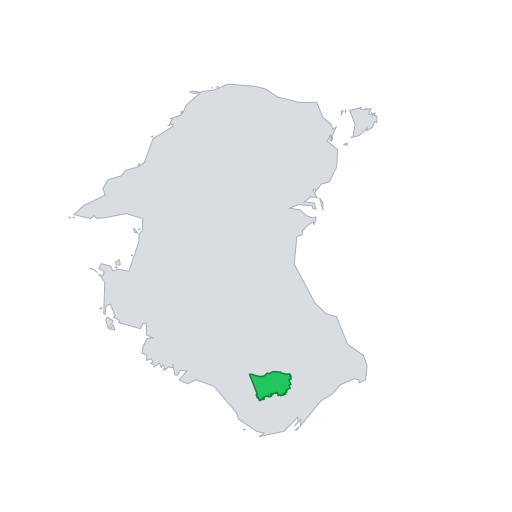 Meekatharra, Western Australia, Australia shown in context, rotated 248°
{"feature_id": "25037944B5193502600366", "entity_name": "Meekatharra", "entity_type": "district", "adm_level": 2, "iso_a3": "AUS", "parent_name": "Australia", "parent_adm1": "Western Australia", "projection": "albers", "projection_center": [119.195, -25.303], "detail": "fine", "context": "in_parent", "style": "filled", "palette": "green", "viewbox_px": 512, "rotation_deg": 248, "n_neighbors": 0, "source": "geoboundaries", "source_scale": "gbopen_adm2", "svg_char_len": 8275}
<svg xmlns="http://www.w3.org/2000/svg" viewBox="0 0 512 512"><g transform="rotate(248 256 256)"><path d="M367.5,115.5L368.9,139.0L375.8,139.2L382.2,147.4L380.8,161.4L384.3,167.1L382.8,180.2L384.6,187.6L403.4,204.6L407.1,227.0L409.2,228.6L410.5,225.0L414.2,229.8L415.4,228.2L414.8,239.0L416.8,242.7L421.8,247.3L428.8,267.6L425.4,279.1L426.0,294.2L413.7,318.7L407.5,327.2L395.4,335.5L381.6,354.5L375.9,369.8L359.2,369.9L349.9,375.0L344.9,374.6L345.5,378.7L338.9,371.5L340.3,370.4L340.0,369.0L338.6,368.6L335.6,370.6L334.0,368.7L337.6,367.0L336.2,364.9L324.1,371.5L308.5,364.3L297.3,351.8L298.2,343.5L293.3,335.1L295.8,335.8L296.1,333.5L287.0,334.5L290.4,329.3L288.1,320.7L283.6,329.5L277.0,329.5L278.5,326.6L281.5,326.9L287.7,314.8L287.8,305.1L282.0,314.5L274.9,317.5L269.8,323.0L270.0,326.1L267.5,325.4L263.6,321.5L266.3,321.8L265.1,315.6L261.9,308.4L258.5,307.1L258.7,301.1L234.1,288.4L190.1,293.1L176.0,299.4L169.6,307.9L139.7,307.9L123.5,318.4L112.6,317.9L100.1,311.2L99.8,304.0L102.8,305.1L105.4,300.8L105.1,286.3L99.6,275.4L97.3,261.7L81.7,233.4L87.6,236.3L83.8,227.7L86.4,232.7L90.8,234.1L83.0,216.3L87.4,191.2L88.7,197.1L93.6,190.5L111.5,178.6L117.9,179.2L150.9,168.3L163.7,154.1L163.1,144.6L170.0,138.1L175.2,148.7L178.4,143.0L174.9,138.7L176.1,136.2L187.0,138.3L183.6,137.2L186.1,133.1L184.2,129.4L190.2,129.2L188.2,126.4L193.1,126.2L191.6,122.3L196.1,118.1L196.3,120.7L199.8,120.5L200.3,115.6L205.2,117.6L208.6,113.8L213.8,116.9L220.5,124.2L218.8,129.7L224.0,124.7L233.9,128.9L236.1,126.1L232.0,121.6L245.5,103.9L247.7,105.3L252.3,101.0L253.5,103.1L266.0,102.9L266.1,98.3L258.1,94.2L259.6,93.2L288.4,106.0L297.5,103.6L295.0,106.9L298.4,109.4L303.4,105.6L306.8,109.8L301.0,117.5L295.8,117.6L295.3,123.6L289.4,132.4L313.4,153.0L320.3,155.8L321.9,160.2L333.2,164.9L344.0,151.4L348.1,130.0L350.8,122.2L354.2,120.8L352.5,116.7L362.6,102.6L367.5,115.5ZM329.9,390.3L341.0,397.2L355.9,397.4L354.1,409.9L353.7,407.5L351.7,409.8L349.6,417.8L345.3,413.5L340.6,420.2L334.6,418.3L336.2,416.5L331.6,411.9L330.7,405.2L332.9,406.8L329.0,396.9L329.9,390.3ZM244.1,91.9L252.8,92.7L255.2,95.2L249.1,99.4L244.1,91.9ZM273.5,335.3L286.2,336.7L280.5,338.0L273.5,335.3ZM302.8,123.3L303.9,128.1L298.6,126.7L299.9,123.5L302.8,123.3ZM428.6,265.4L429.6,260.1L432.6,256.2L432.6,259.5L428.6,265.4ZM354.5,387.6L358.3,389.6L358.0,391.3L354.5,387.6ZM243.2,93.2L245.8,98.0L240.3,97.3L243.2,93.2ZM326.7,382.8L324.5,381.9L326.3,379.2L326.7,382.8ZM327.3,153.1L324.6,154.1L321.9,154.5L323.6,152.1L327.3,153.1ZM81.7,232.2L79.6,229.6L79.4,227.2L79.7,227.1L81.7,232.2ZM356.8,392.8L358.1,394.3L355.3,392.7L356.8,392.8ZM416.3,240.0L418.1,240.5L417.5,242.8L416.3,240.0ZM383.5,180.2L385.4,182.0L384.8,182.7L383.5,180.2ZM344.2,417.8L344.0,419.9L342.6,418.9L344.2,417.8ZM427.6,281.8L427.0,284.8L426.8,284.7L427.6,281.8ZM266.1,93.7L264.8,92.4L265.8,91.8L266.1,93.7ZM306.3,98.6L303.9,100.7L306.9,97.0L306.3,98.6ZM428.7,278.4L427.6,279.2L428.5,278.3L428.7,278.4ZM303.7,141.4L302.5,141.7L303.3,140.7L303.7,141.4ZM298.6,122.6L297.1,122.7L298.2,121.3L298.6,122.6ZM99.9,179.0L99.5,181.0L98.9,180.8L99.9,179.0ZM360.2,101.1L359.9,102.7L359.5,101.4L360.2,101.1ZM338.5,369.4L338.6,370.4L338.3,370.0L338.5,369.4ZM303.2,101.3L300.2,102.5L303.4,100.9L303.2,101.3ZM191.9,120.0L190.8,121.0L191.5,119.8L191.9,120.0ZM345.4,416.6L344.5,416.8L345.1,416.2L345.4,416.6ZM325.2,158.4L323.7,158.2L324.7,157.3L325.2,158.4ZM185.9,128.2L185.1,128.8L185.1,127.3L185.9,128.2ZM352.0,413.6L350.8,413.9L351.4,412.9L352.0,413.6ZM362.0,97.1L361.6,98.1L360.9,97.4L362.0,97.1ZM337.7,370.6L338.5,371.7L336.8,371.1L337.7,370.6ZM406.0,205.1L405.0,204.9L405.7,203.8L406.0,205.1ZM409.7,224.6L409.2,224.5L409.8,223.7L409.7,224.6ZM330.7,388.8L330.2,389.5L330.1,388.5L330.7,388.8Z" fill="#d9dde1" stroke="#a8b0b8" stroke-width="1"/><path d="M120.3,209.0L120.3,210.0L120.7,210.0L121.1,210.0L121.8,210.0L121.9,210.8L122.1,210.8L122.1,211.0L122.1,211.3L122.1,211.7L122.1,214.0L122.1,214.7L120.7,214.7L120.7,216.1L120.8,216.1L120.8,216.3L120.3,216.3L120.3,217.2L120.3,217.8L121.9,217.8L122.6,217.9L122.6,218.7L121.3,218.7L121.3,219.4L121.9,219.4L121.9,222.9L121.4,222.9L121.4,223.5L121.5,223.5L121.6,224.6L120.9,224.6L120.9,224.4L120.7,224.4L120.3,224.4L120.0,224.4L119.8,224.4L119.5,224.4L119.4,224.4L119.2,224.4L118.6,224.4L118.4,224.4L118.2,224.4L118.3,225.5L118.3,225.8L118.3,226.0L118.3,226.5L118.1,226.5L117.9,226.5L117.6,226.5L117.6,226.8L117.4,226.8L117.2,226.8L117.2,227.1L117.2,227.7L117.2,227.8L117.2,228.0L117.2,228.6L116.9,228.6L116.9,230.1L117.0,230.1L118.3,230.1L118.3,230.8L117.5,230.8L116.9,230.8L116.9,231.6L117.2,231.6L117.5,231.6L117.9,231.5L118.1,231.5L118.2,233.2L118.8,233.2L119.3,233.2L119.3,233.6L119.3,234.1L119.9,234.1L120.6,234.1L120.6,235.8L120.6,236.7L120.6,237.3L120.6,237.9L120.6,238.1L121.2,238.1L121.8,238.1L122.3,238.1L123.0,238.1L123.7,238.1L123.7,238.3L123.7,238.5L123.8,238.7L123.8,238.8L123.9,240.2L124.1,240.2L124.9,240.2L125.2,240.2L125.3,240.2L125.8,240.2L126.0,240.2L126.8,240.2L128.3,240.2L128.3,240.4L129.0,240.4L129.0,241.1L129.0,241.6L128.9,241.6L128.9,242.5L129.4,242.5L130.1,242.5L130.5,242.5L130.9,242.4L130.9,243.3L131.1,243.3L131.3,243.3L131.5,243.3L131.9,243.3L132.0,243.3L132.7,243.3L132.8,243.3L132.8,243.1L133.4,243.1L133.4,242.9L134.2,242.9L134.4,242.5L134.3,242.2L134.4,241.9L134.4,241.6L134.5,241.3L134.7,240.8L134.8,240.6L135.0,240.4L135.2,240.1L135.3,239.8L135.4,239.6L135.5,239.3L135.5,239.1L135.6,238.9L135.8,238.6L136.0,238.4L136.1,238.2L136.4,238.1L136.5,238.0L136.7,237.7L136.8,237.5L136.9,237.4L137.0,237.1L137.1,236.9L137.4,236.6L137.6,236.4L137.7,236.1L137.8,236.1L138.0,235.9L138.2,235.7L138.5,235.5L138.7,235.4L138.9,235.3L139.0,235.2L139.3,235.0L139.4,234.9L139.5,234.9L139.6,234.2L139.8,233.9L140.0,233.5L140.1,233.3L140.2,233.0L140.3,232.9L140.4,232.7L140.5,232.5L140.6,232.4L140.8,232.0L140.8,231.9L141.0,231.5L141.0,231.3L141.1,231.1L141.3,231.0L141.4,230.8L141.6,230.3L141.7,230.0L141.8,229.7L142.0,229.3L142.1,229.1L142.2,228.7L142.3,228.4L142.4,228.1L142.4,227.8L142.3,227.2L142.3,226.9L142.2,226.8L142.2,226.5L142.2,226.4L142.2,226.2L142.2,225.9L142.1,225.0L142.1,224.2L142.2,223.9L142.3,223.8L142.3,223.7L142.4,223.4L142.5,223.2L142.8,222.9L142.9,222.7L143.0,222.7L143.2,222.4L143.1,222.2L142.9,221.9L142.8,221.6L142.6,221.1L142.5,220.9L142.4,220.7L142.3,220.2L142.2,219.9L142.1,219.7L142.0,219.3L141.9,219.2L141.9,218.4L141.9,218.2L141.8,217.9L141.9,217.5L142.0,217.2L142.1,216.9L142.2,216.4L142.3,216.3L142.2,216.1L142.1,215.9L142.1,215.6L142.3,215.6L142.4,215.4L142.5,215.1L142.6,214.7L142.8,214.4L143.0,214.3L143.1,214.2L143.3,213.8L143.4,213.4L143.5,213.3L143.6,213.2L143.8,212.9L144.0,212.6L144.1,212.4L144.3,212.1L144.5,211.9L144.7,211.7L144.9,211.5L145.1,211.2L145.2,210.9L145.4,210.6L145.5,210.3L145.6,210.1L145.7,209.9L145.9,209.7L146.0,209.6L146.3,209.6L146.5,209.5L146.6,209.4L146.9,209.2L147.0,209.1L147.1,208.9L147.3,208.6L147.5,208.4L147.7,208.1L148.0,207.6L148.3,207.2L148.4,206.6L148.5,206.2L148.5,205.9L148.6,205.6L148.3,205.6L148.0,205.6L147.8,205.6L147.6,205.6L147.3,205.6L147.0,205.6L146.9,205.6L146.7,205.6L146.4,205.6L146.1,205.6L145.8,205.6L145.7,205.6L145.4,205.6L145.2,205.6L144.8,205.6L144.6,205.6L144.2,205.6L143.9,205.6L143.7,205.6L143.4,205.6L143.2,205.6L142.8,205.6L142.6,205.6L142.3,205.6L142.1,205.6L141.9,205.6L141.7,205.6L141.4,205.6L141.1,205.6L140.9,205.6L140.6,205.6L140.4,205.6L140.0,205.6L139.8,205.6L139.5,205.6L139.2,205.6L138.9,205.6L138.6,205.6L138.3,205.6L137.9,205.6L137.5,205.5L137.3,205.5L137.1,205.5L136.9,205.5L136.7,205.5L136.4,205.5L136.2,205.5L135.9,205.5L135.7,205.5L135.2,205.5L134.8,205.5L134.6,205.5L134.4,205.5L134.1,205.5L133.7,205.5L133.3,205.5L132.9,205.5L132.6,205.5L132.2,205.5L131.9,205.5L131.7,205.5L131.5,205.3L131.2,205.3L130.9,205.3L130.9,205.5L130.7,205.5L130.3,205.5L130.1,205.5L129.8,205.5L129.6,205.5L129.4,205.5L129.2,205.5L128.8,205.5L128.5,205.5L128.3,205.5L128.1,205.5L127.9,205.5L127.6,205.5L127.4,205.5L127.4,204.3L126.7,204.3L125.7,204.3L125.1,204.3L125.1,204.1L124.8,204.1L124.3,204.1L124.3,204.9L123.5,204.9L123.5,205.1L123.3,205.1L122.2,205.1L121.5,205.0L121.1,205.0L121.1,205.6L120.4,205.6L120.4,206.0L120.6,206.0L120.6,206.5L121.3,206.5L121.3,207.3L121.1,207.8L121.1,208.2L121.1,208.3L121.1,208.5L120.8,208.5L120.4,208.5L120.3,209.0Z" fill="#22c55e" stroke="#15803d" stroke-width="1.5"/></g></svg>